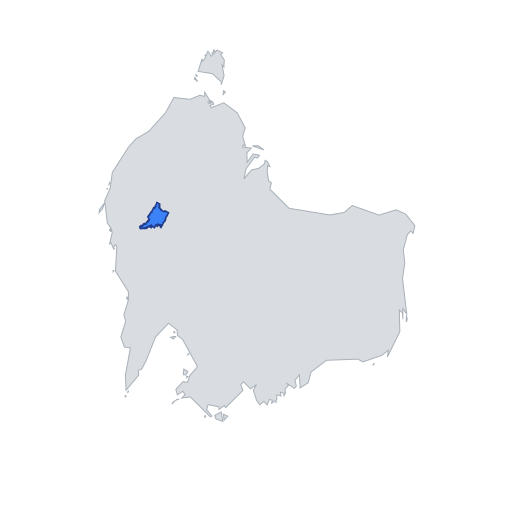 Murweh, Queensland, Australia shown in context, rotated 201°
{"feature_id": "25037944B20792422717007", "entity_name": "Murweh", "entity_type": "district", "adm_level": 2, "iso_a3": "AUS", "parent_name": "Australia", "parent_adm1": "Queensland", "projection": "equal_earth", "projection_center": [146.659, -26.136], "detail": "fine", "context": "in_parent", "style": "filled", "palette": "blue", "viewbox_px": 512, "rotation_deg": 201, "n_neighbors": 0, "source": "geoboundaries", "source_scale": "gbopen_adm2", "svg_char_len": 6962}
<svg xmlns="http://www.w3.org/2000/svg" viewBox="0 0 512 512"><g transform="rotate(201 256 256)"><path d="M335.3,98.2L340.3,125.2L346.3,123.9L353.1,131.9L354.3,148.3L358.3,153.9L359.3,169.1L362.3,176.9L381.8,191.5L389.4,215.1L391.6,216.3L392.0,212.2L396.3,216.4L397.0,214.3L398.6,226.3L401.1,229.8L406.6,233.5L417.1,253.5L416.4,266.7L420.1,282.6L414.1,311.8L410.1,322.3L400.7,334.2L391.8,357.3L389.5,374.5L373.8,378.6L366.0,385.9L361.2,386.6L362.6,390.7L355.0,384.6L356.1,383.2L355.5,381.7L354.1,381.7L351.6,384.3L349.8,382.7L352.8,380.2L351.1,378.3L340.9,387.5L324.8,382.9L312.0,371.7L311.3,362.8L305.2,354.8L307.7,355.1L307.5,352.7L299.1,355.1L301.5,349.1L297.9,340.3L295.2,350.3L288.9,351.3L289.8,347.9L292.7,347.9L296.5,334.2L294.9,323.8L291.1,334.7L284.9,338.8L281.0,345.3L281.8,348.6L279.2,348.2L275.0,344.5L277.6,344.5L275.5,338.1L271.2,330.8L267.9,329.9L267.1,323.4L242.2,312.4L201.7,320.8L189.2,328.3L184.2,337.6L155.9,338.2L141.6,349.4L131.1,348.7L118.5,341.2L117.4,333.5L120.5,334.8L122.4,330.1L120.7,314.5L114.5,302.6L111.2,287.6L94.5,255.9L100.1,259.3L96.1,249.6L98.8,255.3L102.9,257.0L94.6,236.9L97.2,209.0L98.7,215.6L102.8,208.4L118.2,195.5L124.0,196.2L152.8,183.9L163.1,167.3L161.9,156.4L167.5,148.6L172.9,160.7L175.2,154.0L171.8,149.2L172.7,146.2L182.4,148.2L179.3,147.1L181.2,142.3L179.3,138.1L184.5,137.5L182.5,134.3L186.8,133.9L185.1,129.3L188.7,124.2L189.1,127.2L192.1,126.8L192.2,121.0L196.5,123.1L199.2,118.4L203.9,121.6L210.4,129.7L209.5,136.2L213.5,130.0L222.5,134.1L224.2,130.6L220.1,125.7L230.0,103.6L232.1,105.0L235.5,99.5L236.8,101.9L247.5,100.1L247.0,94.8L239.8,90.8L241.0,89.5L266.9,100.9L274.4,96.8L272.6,101.1L275.8,103.5L279.6,98.2L283.0,102.7L279.1,112.6L274.6,113.4L275.0,120.5L271.0,131.7L294.6,151.8L301.0,153.8L303.0,158.6L313.5,161.9L320.8,144.5L321.1,119.0L322.2,109.4L324.9,107.1L322.8,102.7L329.2,84.1L335.3,98.2ZM350.0,405.8L362.0,410.6L376.2,407.6L377.0,420.9L376.1,418.5L374.6,421.3L374.3,430.0L369.3,426.4L366.1,434.3L360.0,433.7L361.2,431.5L355.9,427.7L353.7,421.0L356.1,422.2L350.4,412.8L350.0,405.8ZM227.7,89.6L235.1,89.6L237.5,92.4L232.6,97.9L227.7,89.6ZM286.6,357.9L298.8,357.5L293.6,359.8L286.6,357.9ZM281.3,119.1L282.9,124.6L278.2,123.7L278.9,119.8L281.3,119.1ZM416.4,251.2L416.2,245.2L418.0,240.1L418.7,243.7L416.4,251.2ZM372.9,397.9L376.9,399.1L377.0,400.9L372.9,397.9ZM227.0,91.2L229.7,96.7L225.0,96.3L227.0,91.2ZM345.6,398.7L343.3,398.2L344.5,395.0L345.6,398.7ZM306.6,149.5L304.4,151.1L302.2,152.0L303.3,149.0L306.6,149.5ZM94.4,254.5L92.3,251.5L91.9,248.8L92.2,248.7L94.4,254.5ZM376.1,402.7L377.6,404.0L374.7,402.9L376.1,402.7ZM400.2,227.1L401.9,227.1L401.8,229.7L400.2,227.1ZM359.9,168.9L361.9,170.5L361.6,171.5L359.9,168.9ZM369.1,431.1L369.3,433.3L367.8,432.6L369.1,431.1ZM418.9,269.0L419.0,272.3L418.8,272.2L418.9,269.0ZM246.6,89.3L245.3,87.8L246.1,87.1L246.6,89.3ZM281.1,89.6L279.4,92.4L281.4,87.6L281.1,89.6ZM419.3,265.1L418.4,266.2L419.0,265.0L419.3,265.1ZM284.6,140.0L283.6,140.5L284.1,139.2L284.6,140.0ZM277.6,118.9L276.4,119.2L277.1,117.5L277.6,118.9ZM107.8,195.6L107.5,197.8L107.0,197.7L107.8,195.6ZM327.0,82.8L326.9,84.7L326.4,83.3L327.0,82.8ZM354.2,382.5L354.5,383.5L354.1,383.2L354.2,382.5ZM278.9,93.2L276.5,95.1L279.0,92.7L278.9,93.2ZM185.2,126.6L184.4,127.9L184.9,126.4L185.2,126.6ZM370.0,429.6L369.2,430.0L369.6,429.2L370.0,429.6ZM305.7,156.0L304.3,155.9L305.0,154.8L305.7,156.0ZM180.6,136.5L180.0,137.2L179.8,135.5L180.6,136.5ZM375.7,425.1L374.7,425.7L375.0,424.5L375.7,425.1ZM327.8,77.7L327.7,79.0L326.9,78.3L327.8,77.7ZM353.6,383.9L354.6,384.8L352.9,384.6L353.6,383.9ZM384.2,191.3L383.3,191.4L383.7,190.0L384.2,191.3ZM391.3,211.9L390.8,212.0L391.2,210.8L391.3,211.9ZM350.5,404.2L350.2,405.0L349.9,404.0L350.5,404.2Z" fill="#d9dde1" stroke="#a8b0b8" stroke-width="1"/><path d="M354.9,248.5L354.6,250.7L354.5,251.6L354.4,253.4L354.6,253.5L354.5,254.1L354.2,254.1L354.0,255.6L353.6,255.6L353.4,257.2L353.7,257.2L353.8,257.2L353.7,258.8L354.1,258.9L353.9,260.5L353.7,260.5L353.5,260.8L353.5,261.0L353.8,261.3L353.8,261.5L353.8,261.8L353.8,262.0L353.4,262.0L353.3,263.4L353.3,263.5L353.2,264.2L353.2,264.7L353.3,264.7L353.2,265.1L354.8,265.3L355.7,265.4L356.0,265.5L356.0,265.3L356.2,265.1L356.8,265.2L357.6,265.3L357.7,264.4L359.3,264.6L361.1,264.8L361.0,265.5L362.9,265.8L362.9,266.5L363.9,266.7L364.0,266.7L364.0,268.1L363.9,268.2L364.6,268.3L364.5,269.1L364.4,269.9L365.5,270.1L366.4,270.3L366.5,270.3L367.6,270.5L367.8,270.4L367.7,269.8L367.7,269.0L367.6,268.9L367.6,268.6L367.8,267.3L367.9,266.5L368.0,266.5L368.0,265.7L367.5,265.7L367.7,264.8L367.7,264.7L367.8,264.2L368.9,264.3L369.0,263.3L369.1,261.9L369.2,261.4L369.2,260.8L369.2,260.4L369.3,260.3L369.3,260.2L369.2,260.1L369.0,259.6L369.7,259.6L369.8,258.6L370.1,256.9L370.3,257.0L370.3,256.5L370.2,256.5L370.2,256.2L370.3,255.9L370.2,255.8L370.2,255.6L370.2,255.4L370.4,255.3L370.5,255.4L370.8,255.4L370.9,254.8L370.9,254.7L370.9,254.4L370.9,254.2L370.9,253.8L371.0,253.7L370.9,253.6L370.7,253.6L370.3,253.3L370.2,253.2L369.9,253.1L369.7,253.0L369.6,252.9L369.5,252.6L369.5,252.1L369.4,251.9L369.4,251.7L368.6,251.5L368.7,249.9L369.6,250.0L369.8,248.4L370.2,248.5L370.3,247.1L370.5,246.9L370.4,246.8L370.2,246.6L370.2,246.4L370.2,246.2L371.7,246.4L371.8,245.4L372.6,245.6L372.8,243.9L372.6,243.9L372.6,243.1L372.8,243.1L373.0,243.2L373.0,243.3L373.2,243.5L373.3,243.4L373.5,243.4L373.7,243.1L373.8,243.0L373.8,242.8L373.9,242.7L373.9,242.8L374.0,242.7L374.0,242.8L374.0,242.7L374.1,242.8L374.1,242.7L374.3,242.6L374.4,242.4L374.5,242.4L374.5,242.2L374.8,242.2L375.0,241.9L375.0,241.7L374.9,241.7L374.7,241.4L374.8,241.2L374.7,241.1L374.5,240.9L374.4,240.8L374.3,240.7L374.2,240.7L374.1,240.4L374.0,240.2L373.9,240.2L373.7,240.1L373.4,240.1L373.2,240.2L373.1,240.3L373.0,240.5L372.9,240.5L372.7,240.6L372.6,240.8L372.4,240.9L372.2,241.0L372.0,241.3L371.8,241.3L371.8,241.2L371.7,241.1L371.4,241.1L371.4,241.3L371.3,241.7L371.2,241.7L370.7,241.8L370.5,241.7L370.4,241.7L370.2,241.7L369.9,241.7L369.9,241.8L369.7,241.9L369.7,242.0L369.5,242.4L369.6,242.5L369.4,242.6L369.4,242.8L369.2,242.9L369.0,243.0L368.8,243.0L368.7,242.9L368.6,242.7L368.4,242.6L368.2,242.9L368.2,243.0L367.9,243.0L367.9,242.9L367.8,243.0L368.1,243.8L367.7,243.8L367.4,243.9L367.3,244.2L367.4,244.3L367.3,244.7L366.9,244.7L366.8,245.3L366.5,245.3L366.3,245.5L366.2,245.7L366.1,245.9L366.0,246.0L365.2,246.9L365.3,245.1L363.9,244.9L363.8,245.7L363.8,246.4L363.7,246.4L363.2,246.4L363.3,246.4L363.3,246.7L362.2,246.5L362.2,246.2L360.9,246.0L360.8,247.3L360.9,247.6L360.8,248.5L360.7,248.5L360.6,249.4L360.0,249.4L359.0,249.2L359.0,248.3L358.7,248.3L358.7,248.5L358.7,249.2L358.9,249.9L358.9,250.0L358.9,250.3L359.0,250.7L358.9,250.8L358.6,250.8L357.2,250.6L357.1,250.4L357.1,250.2L357.2,249.7L356.6,249.7L356.5,249.8L356.4,250.1L356.3,250.3L356.2,250.4L356.2,250.5L356.0,250.8L356.0,251.0L355.9,251.1L355.1,251.1L355.2,250.3L355.2,249.7L355.2,249.8L355.4,249.8L355.5,249.6L355.5,248.7L354.9,248.5Z" fill="#3b82f6" stroke="#1e3a8a" stroke-width="1.5"/></g></svg>